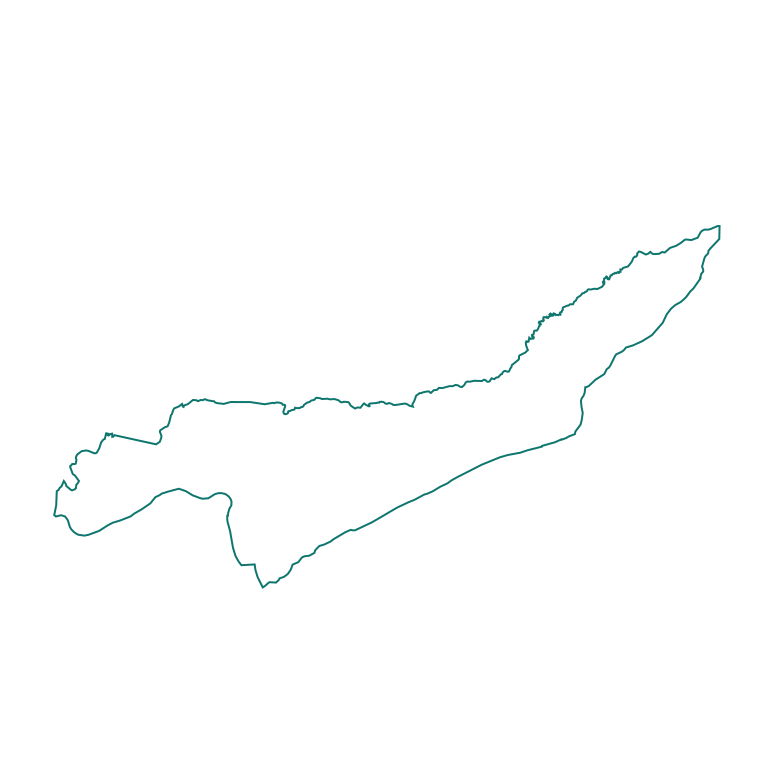 San Zenón, Magdalena, Colombia (Albers equal-area conic projection), rotated 12°
{"feature_id": "7082276B67233849099961", "entity_name": "San Zenón", "entity_type": "district", "adm_level": 2, "iso_a3": "COL", "parent_name": "Colombia", "parent_adm1": "Magdalena", "projection": "albers", "projection_center": [-74.331, 9.355], "detail": "fine", "context": "isolated", "style": "outline", "palette": "teal", "viewbox_px": 768, "rotation_deg": 12, "n_neighbors": 0, "source": "geoboundaries", "source_scale": "gbopen_adm2", "svg_char_len": 6130}
<svg xmlns="http://www.w3.org/2000/svg" viewBox="0 0 768 768"><g transform="rotate(12 384 384)"><path d="M282.2,590.9L295.0,587.4L297.0,592.8L300.5,599.1L307.7,608.2L309.8,606.0L312.4,602.4L313.5,601.6L319.6,600.7L321.7,597.8L322.4,595.7L326.2,593.5L329.5,589.7L331.4,584.9L332.2,579.6L337.2,576.1L339.9,570.6L342.1,569.0L346.6,567.5L351.0,563.7L351.3,560.9L354.4,555.9L359.0,553.4L364.7,549.0L366.8,546.4L376.9,537.1L381.7,533.6L384.2,533.6L386.1,533.1L401.0,521.8L422.5,502.2L432.5,494.6L437.7,491.1L446.7,483.5L448.7,482.6L453.9,478.9L460.6,472.6L466.7,468.0L470.3,464.0L475.5,459.5L496.4,442.6L512.6,431.6L519.9,427.7L531.5,422.9L538.3,418.9L551.4,412.5L551.4,411.7L563.4,405.4L569.0,401.3L569.2,401.6L573.4,399.0L576.0,396.6L581.1,393.4L581.1,390.7L584.7,382.9L584.9,378.1L584.4,371.0L582.1,365.7L580.1,359.4L580.4,356.9L581.6,354.1L582.1,351.0L581.6,345.3L582.2,345.3L584.8,343.3L590.0,335.8L597.4,328.5L598.8,323.2L600.6,321.1L601.5,319.1L604.2,308.5L605.0,306.7L610.0,302.9L611.8,300.7L613.1,298.0L619.3,294.6L627.6,288.5L635.9,280.5L643.9,266.2L646.1,257.0L649.1,250.7L652.5,246.2L657.1,242.2L659.4,239.2L661.5,236.1L664.3,229.9L666.9,226.0L671.4,215.4L671.6,214.6L671.1,214.5L671.5,210.1L672.8,207.7L672.5,205.9L670.7,203.0L671.3,194.1L671.7,192.5L673.9,188.8L673.7,186.2L675.2,183.3L681.8,172.5L679.4,159.8L677.7,160.0L671.1,164.6L668.8,165.7L665.5,166.3L663.1,168.1L662.1,169.9L660.4,175.7L654.7,179.3L649.7,179.8L648.3,180.3L645.2,184.1L641.0,188.1L635.5,191.4L631.3,197.0L628.6,197.1L625.9,199.5L621.1,200.8L619.5,200.8L617.0,199.4L615.4,201.5L613.3,202.9L607.5,201.4L605.8,201.4L604.5,203.7L604.9,205.2L604.5,206.4L603.7,207.3L602.9,207.2L601.8,208.7L600.9,213.0L598.2,218.3L593.8,220.7L592.9,222.6L591.4,222.8L592.0,225.1L590.9,225.4L590.9,226.3L590.1,226.6L589.3,226.0L587.9,227.5L586.9,227.2L586.4,228.2L585.4,228.4L584.5,229.3L584.2,230.4L583.1,230.6L582.5,234.8L581.1,234.9L580.9,233.9L580.0,233.9L579.9,232.9L579.2,232.6L578.3,234.6L577.4,235.1L577.7,236.8L576.9,238.8L577.5,239.8L578.4,239.0L578.7,240.3L577.0,243.6L573.0,246.7L569.9,247.1L566.9,248.5L564.3,248.9L563.7,249.4L563.0,251.4L561.6,252.1L560.6,253.6L559.2,254.0L557.9,256.6L555.0,259.5L554.3,262.5L552.9,264.0L552.3,266.7L549.4,267.3L548.2,268.9L547.3,269.1L543.4,271.7L543.0,272.7L543.5,274.3L542.8,275.3L542.9,276.5L541.5,277.3L541.3,278.0L541.6,278.9L542.2,279.1L542.1,279.6L540.9,279.6L540.2,280.5L538.7,280.3L537.6,281.0L536.9,280.6L536.7,279.9L535.3,279.6L534.8,280.4L535.5,280.7L535.2,281.7L534.4,281.4L534.0,282.4L533.4,282.2L533.3,281.1L532.2,280.5L531.4,281.7L532.6,282.7L532.1,283.5L531.0,284.0L530.7,285.3L529.9,285.4L529.1,284.5L528.5,285.3L526.6,285.2L526.1,285.7L526.3,287.7L527.1,288.3L526.8,289.2L526.3,289.7L524.9,289.6L524.4,290.4L522.9,290.8L522.7,291.9L524.7,292.6L525.0,293.1L523.8,293.8L524.1,295.0L523.6,295.6L523.3,298.0L522.4,300.0L520.4,300.4L519.8,301.1L520.0,304.5L518.6,305.2L518.9,306.4L520.8,307.1L520.8,308.4L520.3,308.7L519.4,308.3L518.2,309.5L516.5,308.5L516.6,312.5L515.5,313.0L514.7,312.5L514.3,312.7L514.1,314.0L514.9,316.6L517.7,321.0L516.3,322.7L516.1,323.5L510.6,327.9L510.3,328.7L510.8,331.3L510.5,332.3L505.1,339.0L505.1,340.9L504.3,342.7L503.6,345.8L502.2,346.3L499.8,346.0L498.7,346.6L497.7,348.0L497.3,349.8L496.2,350.4L494.3,353.7L492.5,354.3L490.9,356.3L488.0,356.1L486.8,359.3L486.0,360.0L484.6,360.3L482.2,359.0L480.9,359.0L479.2,360.7L471.6,362.1L467.2,364.0L464.8,364.3L463.6,365.5L462.8,368.2L460.9,370.8L459.4,370.9L456.3,369.9L454.1,370.1L451.7,371.8L448.7,372.4L441.8,375.9L438.5,376.4L437.1,378.6L433.9,379.8L431.8,382.9L431.0,382.9L429.7,382.0L428.4,382.1L424.1,383.9L422.2,385.2L420.8,385.5L417.9,388.7L417.1,394.6L416.1,397.4L416.2,398.9L417.0,400.1L413.7,400.0L410.3,398.8L408.4,398.8L399.2,402.3L397.2,402.5L396.0,401.9L393.4,401.6L392.3,401.8L391.2,402.8L389.5,402.8L387.4,401.8L385.6,401.8L383.5,402.4L383.1,403.3L381.8,403.4L380.6,404.2L374.6,405.9L373.5,407.0L374.5,408.6L373.9,409.0L370.7,408.2L368.8,407.2L368.2,407.4L365.9,412.1L362.8,412.5L360.8,414.0L356.4,412.3L355.3,411.5L353.7,409.5L352.4,409.2L348.4,409.7L347.0,410.6L345.3,410.7L342.9,409.4L338.8,409.0L334.5,410.2L331.5,410.2L326.4,411.6L324.6,411.2L320.9,411.5L320.1,412.1L319.3,413.8L316.0,415.5L315.1,416.9L312.7,418.2L310.1,421.0L309.7,422.6L309.0,423.4L308.0,423.6L306.6,425.0L303.9,425.7L302.0,425.7L301.7,427.6L299.0,428.8L297.7,430.0L296.3,430.4L296.0,431.1L296.2,432.2L295.2,433.4L293.5,434.1L292.7,434.0L291.7,433.0L291.3,431.9L292.0,426.3L291.6,425.3L290.8,425.0L289.4,425.4L288.0,424.2L285.5,424.0L282.3,424.5L280.9,425.5L279.3,425.5L271.5,428.6L256.9,429.5L237.8,433.5L231.3,436.8L224.5,437.4L222.8,437.2L221.5,436.3L215.1,436.6L212.0,436.1L210.0,437.5L208.1,437.7L205.6,439.5L204.1,438.9L200.5,439.3L196.3,444.5L192.8,446.6L192.7,448.1L191.8,447.8L190.6,445.5L188.0,448.6L183.8,451.5L183.1,453.9L182.9,457.1L182.1,459.1L181.9,466.4L181.1,470.4L178.7,471.8L174.7,475.9L174.7,477.3L177.1,481.0L177.3,483.1L176.7,487.2L173.6,490.4L130.9,490.1L130.2,491.7L129.2,492.2L128.4,489.1L127.2,489.6L125.2,491.7L124.0,491.3L124.5,490.0L122.5,490.0L122.3,495.8L121.0,496.8L119.5,499.9L118.8,506.2L117.3,510.9L116.3,511.7L114.8,512.0L109.0,510.9L106.6,510.9L102.3,512.5L98.7,516.6L98.0,518.8L98.0,520.6L99.0,522.2L99.0,526.0L97.9,526.7L95.7,527.0L95.0,528.6L94.2,529.3L94.2,530.3L98.3,536.8L100.8,537.8L105.8,542.3L105.1,544.7L104.0,546.5L104.3,550.1L103.3,551.4L101.3,552.7L100.1,552.8L94.6,549.9L93.5,547.9L91.0,545.5L89.8,551.3L88.4,553.0L87.6,555.5L86.2,556.8L88.6,570.8L88.7,580.8L90.7,581.8L95.4,579.5L99.6,579.9L103.0,582.9L106.5,589.2L108.4,591.2L111.3,593.2L114.6,594.6L116.7,595.0L122.5,594.6L126.4,592.9L135.9,586.9L143.4,579.5L147.5,576.1L154.4,572.3L163.8,566.1L166.5,562.8L173.0,557.0L180.3,549.3L183.9,542.2L187.6,539.4L189.3,537.5L195.1,534.2L205.1,529.1L212.4,530.0L220.1,532.7L228.1,533.9L230.6,533.9L235.9,532.3L241.6,526.8L244.8,525.2L247.9,524.5L251.8,524.6L255.5,526.3L257.9,528.5L259.3,530.7L259.9,534.4L258.7,538.1L258.4,542.5L258.7,545.2L258.1,545.4L258.9,549.3L259.7,551.5L263.9,559.6L270.3,575.5L274.5,583.1L278.7,587.9L282.2,590.9Z" fill="none" stroke="#0f766e" stroke-width="2"/></g></svg>